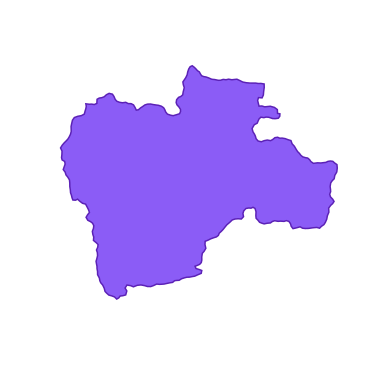 the district of Malacacheta, Minas Gerais, Brazil, rotated 17°
{"feature_id": "56859067B170953880519", "entity_name": "Malacacheta", "entity_type": "district", "adm_level": 2, "iso_a3": "BRA", "parent_name": "Brazil", "parent_adm1": "Minas Gerais", "projection": "orthographic", "projection_center": [-42.098, -17.856], "detail": "fine", "context": "isolated", "style": "filled", "palette": "violet", "viewbox_px": 384, "rotation_deg": 17, "n_neighbors": 0, "source": "geoboundaries", "source_scale": "gbopen_adm2", "svg_char_len": 4315}
<svg xmlns="http://www.w3.org/2000/svg" viewBox="0 0 384 384"><g transform="rotate(17 192 192)"><path d="M151.3,316.4L152.9,314.7L153.7,312.5L156.2,311.4L158.7,309.8L158.6,305.7L156.1,303.4L157.0,300.0L160.8,299.5L163.7,299.8L167.0,297.2L170.4,295.8L174.1,295.4L177.0,295.4L180.2,294.5L182.6,292.7L185.1,290.4L188.0,289.8L192.2,288.2L194.5,286.9L197.2,285.4L199.9,284.1L201.3,281.9L203.3,281.0L205.5,280.2L207.4,278.0L210.0,276.2L212.0,275.0L214.6,274.1L216.8,272.9L219.2,271.7L221.7,269.5L224.6,267.1L224.3,264.2L221.5,264.0L218.2,264.0L216.6,262.1L218.7,260.5L220.5,258.9L221.5,256.8L221.3,254.3L220.3,251.2L219.8,247.6L220.9,245.2L221.7,241.8L219.8,238.5L219.0,235.3L221.4,233.4L223.6,231.3L226.4,229.2L228.5,227.8L229.9,225.8L230.1,223.4L231.5,221.1L232.7,218.7L233.8,215.9L234.9,213.2L236.9,210.1L238.7,206.9L241.0,205.3L243.9,204.1L247.1,203.4L248.5,200.5L247.0,197.7L247.0,194.9L248.4,192.0L250.9,190.7L253.2,190.2L254.8,188.8L257.1,189.3L259.0,192.2L260.0,196.0L261.0,198.4L263.2,199.6L265.5,201.2L267.9,201.4L270.3,201.4L273.2,199.8L276.0,198.7L277.5,196.7L279.5,195.3L282.9,194.9L285.1,194.0L288.6,193.2L290.6,191.8L293.3,191.8L295.5,193.6L296.9,195.8L299.3,197.5L301.6,196.2L303.7,194.9L305.6,193.7L308.3,194.3L311.0,193.8L314.2,192.7L318.0,190.9L321.7,189.4L324.6,189.3L325.8,187.0L327.7,184.6L328.4,182.1L328.8,178.7L328.4,175.1L328.8,171.3L327.4,167.4L328.6,164.1L329.9,162.0L330.6,159.5L328.6,157.7L325.9,156.2L324.3,153.9L324.5,151.2L323.7,149.0L322.5,146.4L322.0,142.7L322.9,140.0L324.1,137.8L323.7,134.4L324.6,130.5L323.9,126.6L322.6,123.4L319.8,122.5L317.7,121.5L315.3,121.9L313.0,123.0L311.4,124.5L309.1,125.5L306.7,126.6L303.5,127.4L299.7,129.1L296.7,128.1L295.0,126.7L292.7,125.7L290.4,126.0L287.6,126.0L285.4,125.1L283.5,123.7L281.2,122.5L279.2,120.8L276.5,118.3L273.6,116.6L271.6,113.9L268.7,113.9L265.4,113.7L262.4,114.1L260.2,114.9L257.9,114.6L255.4,115.8L253.9,118.1L252.2,119.9L248.8,120.3L246.0,121.8L243.6,123.7L240.3,123.9L237.7,122.3L236.4,120.2L234.9,118.5L232.7,116.6L230.9,113.7L231.9,109.4L234.2,107.2L234.7,102.7L236.0,100.3L239.0,99.9L240.9,98.7L243.5,98.1L247.6,98.2L250.3,97.5L253.0,96.2L253.8,93.9L253.2,91.5L250.8,91.8L249.5,88.2L246.1,87.0L241.8,87.1L239.2,88.2L236.6,89.3L233.7,89.3L231.0,90.3L229.8,88.3L228.0,85.3L228.0,82.3L231.5,81.5L231.9,78.4L231.2,75.2L230.5,70.9L229.4,67.6L226.3,68.0L223.4,68.9L221.2,69.2L218.6,70.0L215.5,70.9L212.1,71.6L208.4,72.0L205.5,71.5L202.0,71.0L199.6,72.0L197.3,73.0L194.0,73.4L191.7,74.7L188.9,75.2L186.6,76.8L184.5,77.5L181.0,77.8L177.9,78.4L174.4,78.0L171.8,77.9L169.4,78.2L167.2,78.0L165.5,76.6L163.9,75.0L161.8,74.4L159.7,73.1L157.8,72.1L155.3,71.2L153.6,72.7L152.9,75.3L152.8,78.5L153.1,81.3L152.6,84.5L151.8,87.1L151.1,89.4L152.3,91.9L154.1,94.5L154.3,98.8L154.7,101.8L153.4,103.9L151.5,105.4L150.3,108.2L150.7,111.1L152.1,113.0L154.6,114.5L156.8,116.3L157.5,118.4L157.2,120.8L154.3,122.8L151.7,124.5L149.2,124.8L145.7,124.7L143.4,123.1L141.8,121.1L140.2,119.7L137.6,118.9L134.5,118.9L132.2,119.3L129.5,119.7L126.6,120.0L123.7,121.0L121.5,122.5L119.9,124.6L118.3,126.5L116.7,129.0L114.8,130.0L112.9,127.9L110.6,125.8L108.0,125.3L105.1,126.1L102.4,125.6L99.4,127.0L96.5,127.4L93.6,127.2L91.5,125.9L89.4,123.4L87.3,121.7L83.9,121.9L81.7,124.0L80.2,126.6L78.1,128.2L75.8,129.3L74.1,131.1L75.1,135.1L73.0,136.9L70.3,137.3L68.1,138.1L64.7,138.7L65.8,140.9L66.1,143.2L66.1,145.6L66.2,149.0L63.9,151.3L60.6,153.0L57.7,155.2L56.7,158.3L56.9,161.3L57.2,164.7L58.1,167.3L58.8,169.5L58.9,172.4L58.4,175.5L57.8,177.7L56.8,179.8L55.4,182.4L54.2,185.2L53.4,188.3L55.7,190.8L56.6,194.1L57.2,197.3L58.4,199.3L61.3,200.0L62.5,202.4L62.4,205.4L62.3,208.2L64.9,210.1L66.5,212.5L69.0,214.2L71.3,216.3L72.5,219.2L73.6,222.6L75.0,225.5L76.1,228.3L77.6,230.3L78.9,232.5L80.4,234.5L83.0,233.9L84.7,232.3L87.3,233.6L90.6,234.8L93.8,234.7L95.9,236.8L98.1,239.1L99.9,241.5L98.8,244.3L98.1,247.2L100.6,249.5L103.6,250.0L106.0,250.9L107.9,252.9L108.4,255.6L108.2,258.8L109.6,261.6L111.2,263.8L111.9,267.1L115.3,268.5L117.5,269.7L118.0,272.4L117.6,275.4L119.2,277.6L120.3,280.5L120.5,283.9L120.5,286.3L121.7,288.7L122.8,290.7L123.6,293.1L124.9,295.6L125.9,298.7L128.5,301.3L129.8,303.8L131.3,305.5L133.8,307.1L136.2,309.7L137.9,312.5L140.0,313.7L142.6,314.9L145.6,314.8L148.6,315.0L151.3,316.4Z" fill="#8b5cf6" stroke="#5b21b6" stroke-width="1.5"/></g></svg>